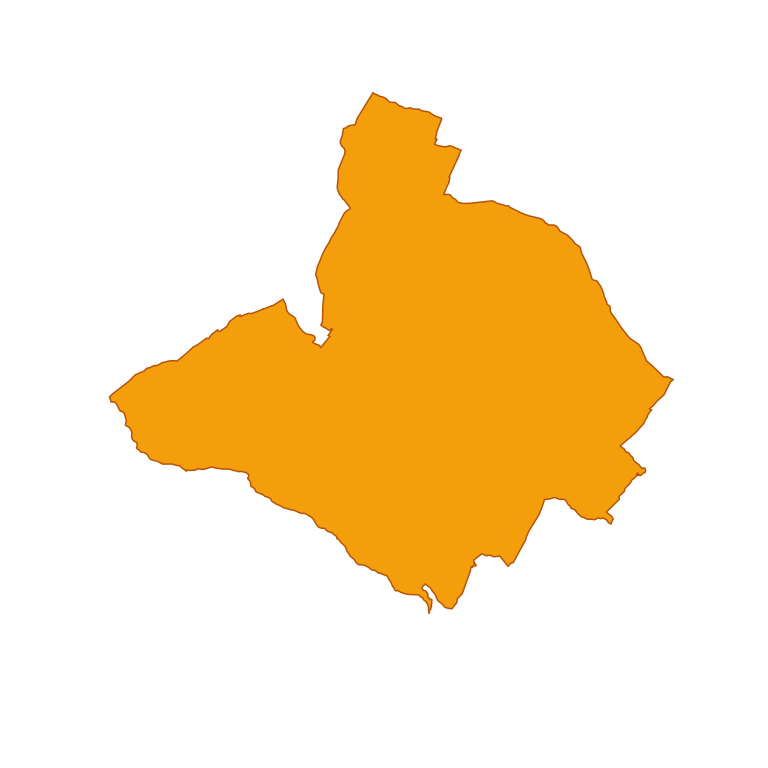 the district of Glavile, Vâlcea, Romania, rotated 145°
{"feature_id": "2599482B20741019236133", "entity_name": "Glavile", "entity_type": "district", "adm_level": 2, "iso_a3": "ROU", "parent_name": "Romania", "parent_adm1": "Vâlcea", "projection": "equal_earth", "projection_center": [24.125, 44.814], "detail": "fine", "context": "isolated", "style": "filled", "palette": "amber", "viewbox_px": 768, "rotation_deg": 145, "n_neighbors": 0, "source": "geoboundaries", "source_scale": "gbopen_adm2", "svg_char_len": 6171}
<svg xmlns="http://www.w3.org/2000/svg" viewBox="0 0 768 768"><g transform="rotate(145 384 384)"><path d="M270.7,616.5L276.1,611.0L280.1,608.4L281.2,607.2L282.1,603.8L281.5,599.5L282.4,596.9L284.6,594.7L298.5,585.8L303.9,578.4L309.1,572.5L310.4,570.3L311.8,564.5L311.5,563.4L311.6,558.8L311.0,557.3L310.7,547.9L311.1,547.0L315.6,547.2L318.4,546.8L328.1,541.7L332.0,538.9L333.8,538.4L338.3,535.9L343.0,534.3L347.3,531.6L353.4,529.1L359.2,526.0L371.6,518.0L376.3,513.7L377.4,512.6L378.3,508.7L380.6,503.5L383.1,496.1L383.2,494.7L381.7,491.9L389.2,483.2L398.8,470.2L401.9,468.5L400.9,465.3L399.3,462.4L398.8,460.6L397.9,459.0L395.7,459.6L394.9,458.4L401.9,455.8L400.9,454.1L414.8,450.2L415.0,453.0L417.9,457.4L418.5,458.8L418.0,459.5L415.9,459.4L415.3,459.9L413.8,461.7L413.7,463.3L414.8,465.4L419.2,469.9L420.3,473.5L420.8,479.6L420.4,483.4L419.0,488.6L419.6,491.7L421.0,494.6L421.6,496.5L421.5,498.9L421.3,500.5L419.6,504.1L418.6,507.0L418.1,511.5L429.8,511.9L430.7,512.4L438.2,514.1L440.2,515.1L440.4,514.7L450.1,517.1L452.8,518.1L454.2,519.5L458.7,520.8L463.1,521.6L463.1,522.3L462.4,523.1L465.8,524.1L474.3,523.8L479.6,521.3L480.7,521.2L488.4,521.3L489.5,522.4L489.6,523.1L489.2,523.7L490.7,523.8L496.3,523.6L501.7,521.8L503.0,523.3L513.7,523.1L519.0,523.7L528.5,522.4L540.4,521.5L543.1,524.0L547.0,526.2L553.7,528.7L558.5,529.2L562.8,531.2L566.6,531.7L569.2,532.9L573.3,532.3L582.3,534.2L592.1,532.5L612.1,531.6L616.4,530.8L617.8,525.7L615.8,524.4L614.5,522.7L614.9,518.3L615.4,515.9L615.5,512.9L614.3,511.6L613.5,509.7L615.8,502.2L619.4,498.6L619.3,497.8L618.5,496.7L617.6,494.5L617.7,491.0L618.3,488.8L620.2,486.6L621.6,484.4L621.8,482.3L621.7,481.0L620.4,478.5L620.3,477.0L621.4,475.3L623.1,473.7L623.4,472.7L622.4,469.9L622.4,468.0L619.9,465.5L618.4,462.3L618.7,457.7L618.5,456.2L616.1,453.0L614.4,451.4L611.2,445.3L603.7,440.2L601.7,437.6L598.4,434.1L595.9,426.0L595.0,426.4L594.3,426.2L592.9,424.7L588.3,421.9L584.5,421.0L582.0,418.3L579.1,416.9L573.0,415.0L569.4,411.0L564.7,406.7L559.0,402.5L556.9,399.4L555.0,397.8L554.1,396.2L550.7,393.8L547.9,390.7L547.1,388.4L547.0,387.1L547.8,386.0L549.6,385.0L549.8,383.8L549.5,381.5L550.4,378.9L551.7,376.4L550.8,374.8L550.1,372.3L550.7,369.2L549.9,367.6L546.4,362.5L546.0,360.2L544.0,357.8L542.8,355.2L542.7,354.4L543.2,352.7L543.0,352.2L541.3,347.9L538.6,343.4L537.3,340.4L533.4,335.5L529.9,331.8L526.5,326.2L522.9,323.0L519.9,316.6L519.4,313.1L520.0,306.1L519.6,304.0L517.6,301.3L515.6,300.2L514.9,296.0L511.9,291.9L511.1,288.3L510.3,286.4L510.5,285.5L511.3,284.4L510.1,282.6L510.4,281.7L510.1,278.7L508.9,273.5L510.0,269.2L510.3,266.0L510.1,264.5L510.5,262.6L509.2,257.8L509.0,256.4L509.3,254.6L508.9,251.8L508.2,250.4L505.2,248.1L503.4,245.7L501.7,242.5L501.2,240.1L500.3,238.3L498.8,236.9L497.5,234.6L497.2,232.9L496.6,231.9L495.0,230.4L494.3,228.9L491.8,225.5L491.5,223.5L492.0,221.3L492.1,217.4L493.0,213.2L492.8,210.8L493.3,209.1L493.1,207.9L491.1,206.7L489.7,203.7L486.7,199.6L483.9,197.0L476.7,191.5L476.4,191.0L476.2,189.0L475.2,187.1L475.3,184.2L474.5,182.2L474.5,179.1L475.4,176.0L478.6,170.6L478.1,170.4L476.9,172.8L475.3,172.4L474.1,173.6L472.9,174.3L472.6,174.6L472.8,175.2L472.2,175.5L472.2,175.9L471.7,175.9L470.0,177.8L469.9,178.4L468.5,179.6L469.0,180.7L470.0,181.3L469.8,183.4L470.4,184.6L470.1,185.4L468.7,186.1L468.5,187.7L468.6,190.5L468.9,191.2L470.0,192.1L470.1,194.8L469.8,195.3L467.5,196.3L464.9,196.5L462.9,190.3L463.2,186.6L462.8,182.0L464.1,176.3L464.0,174.9L462.7,171.0L462.1,165.9L460.0,163.4L457.2,160.9L449.5,163.3L447.7,165.5L446.8,166.0L440.1,167.4L420.0,181.7L417.8,184.3L416.6,183.1L415.5,183.9L414.0,182.8L413.0,182.6L413.2,183.0L412.5,183.1L412.4,185.2L413.4,185.1L412.1,186.7L411.6,188.3L401.3,188.8L398.5,184.4L396.4,183.8L395.5,183.2L393.2,179.5L387.8,176.5L386.9,163.5L382.1,164.5L380.8,163.5L357.5,175.0L355.1,177.1L349.9,180.3L331.8,188.1L322.2,194.6L318.8,197.4L313.3,194.4L310.1,193.6L309.1,192.8L306.1,188.6L302.8,186.4L301.9,184.8L302.3,180.0L301.6,176.8L302.1,175.0L299.9,171.6L299.4,165.4L298.5,162.1L297.1,160.4L294.7,156.2L291.6,154.3L289.6,152.2L285.3,151.3L283.5,149.3L281.8,148.7L280.8,147.6L279.4,144.2L279.8,141.7L279.2,141.0L278.8,139.6L278.1,139.1L277.3,140.0L273.6,142.0L273.4,144.5L273.6,146.1L275.0,150.4L275.2,151.6L257.5,154.5L255.6,157.2L248.3,158.3L247.4,159.7L245.6,160.5L239.8,161.4L235.7,163.2L232.5,163.3L229.1,164.1L228.9,165.3L227.3,165.5L227.2,163.8L228.5,163.6L226.7,162.1L225.5,161.9L222.6,162.4L221.6,161.7L220.3,162.2L219.2,163.2L218.6,165.1L219.1,166.1L220.9,166.6L221.3,168.7L221.5,171.9L223.4,177.8L222.4,180.9L223.0,183.9L223.0,187.2L223.6,188.6L225.0,189.7L224.5,193.5L225.6,195.5L225.9,197.8L205.7,199.9L193.8,202.7L190.8,204.6L187.4,205.9L185.4,207.5L179.7,209.4L180.3,210.0L180.8,211.5L176.0,211.8L170.3,213.4L161.0,214.5L148.1,221.4L144.6,221.8L147.4,227.0L150.8,229.3L153.5,243.4L155.6,252.6L152.5,267.6L152.8,271.0L156.2,279.7L156.5,281.1L157.3,293.5L157.0,306.0L157.2,311.6L156.6,314.3L154.4,317.6L155.5,321.6L154.6,323.4L153.4,329.7L152.0,332.5L150.5,339.5L150.5,346.3L153.0,349.2L153.3,350.8L150.3,360.1L148.7,367.1L147.1,377.4L144.9,383.8L146.9,389.5L147.1,391.3L147.0,392.9L148.3,400.6L151.4,406.6L152.2,408.7L152.0,413.8L153.6,416.8L157.9,419.7L158.4,421.6L159.5,423.5L159.4,426.1L160.9,429.7L168.5,438.3L171.8,442.7L174.2,446.6L176.0,450.3L176.9,451.2L177.9,453.7L179.4,456.1L179.7,458.4L181.6,459.7L186.9,466.2L188.0,467.7L189.7,471.3L191.2,472.5L209.7,482.6L215.6,486.5L219.2,490.4L219.5,494.1L221.0,497.3L221.2,500.4L221.7,501.7L226.3,505.0L219.5,509.5L215.5,511.6L211.5,515.5L211.9,516.3L191.8,527.9L190.2,529.4L186.8,531.3L192.8,540.8L193.9,541.6L197.1,542.7L198.6,543.9L203.2,548.3L204.9,551.3L202.7,552.8L200.6,553.7L200.4,554.6L201.3,554.7L201.6,554.8L201.4,555.2L196.0,560.4L185.8,567.3L184.6,568.3L184.5,568.8L188.5,574.2L191.3,581.2L196.3,586.1L197.6,589.0L201.0,591.4L203.0,593.4L204.1,595.2L207.4,596.7L209.2,598.3L209.8,600.2L212.2,603.8L213.1,607.5L213.7,608.5L217.5,611.4L217.9,612.2L218.6,616.7L220.5,620.1L222.5,622.1L223.4,624.4L225.2,626.9L226.0,628.9L253.3,617.1L259.2,612.8L260.6,613.9L264.4,615.6L267.2,615.9L268.0,615.6L270.7,616.5Z" fill="#f59e0b" stroke="#b45309" stroke-width="1.5"/></g></svg>